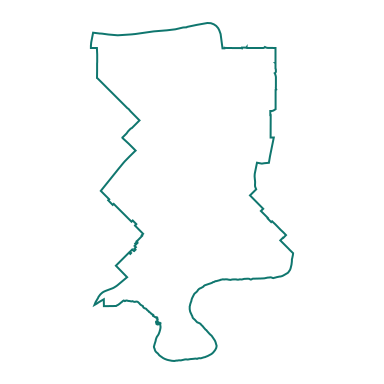 the district of Bayswater, Western Australia, Australia
{"feature_id": "25037944B12143686182506", "entity_name": "Bayswater", "entity_type": "district", "adm_level": 2, "iso_a3": "AUS", "parent_name": "Australia", "parent_adm1": "Western Australia", "projection": "orthographic", "projection_center": [115.908, -31.909], "detail": "fine", "context": "isolated", "style": "outline", "palette": "teal", "viewbox_px": 384, "rotation_deg": 0, "n_neighbors": 0, "source": "geoboundaries", "source_scale": "gbopen_adm2", "svg_char_len": 5997}
<svg xmlns="http://www.w3.org/2000/svg" viewBox="0 0 384 384"><path d="M275.6,109.2L275.6,89.9L275.9,89.8L275.9,89.5L276.2,89.4L275.9,88.6L275.8,87.7L275.9,87.0L275.9,77.0L275.7,75.9L275.4,74.8L275.0,73.7L274.7,73.2L275.2,72.9L275.6,72.4L275.8,72.0L275.9,71.5L275.8,69.1L275.5,68.7L275.5,63.3L275.3,63.1L275.5,63.1L275.5,48.0L267.5,47.9L266.4,47.7L265.4,47.3L264.9,47.0L264.4,47.5L263.8,47.9L263.1,48.0L247.4,48.0L246.6,47.9L246.6,47.3L246.4,47.6L242.0,47.6L242.0,48.3L241.4,48.2L241.1,48.1L227.5,48.0L224.9,47.9L224.6,47.8L224.5,48.3L222.5,48.3L220.6,34.0L219.3,30.4L218.2,28.2L216.2,25.9L213.8,24.3L210.9,23.2L207.4,23.0L196.7,24.9L187.1,26.9L186.6,27.3L183.1,27.5L175.4,29.3L167.1,30.3L153.6,31.4L135.4,34.0L131.4,34.4L117.7,35.3L108.3,34.5L101.8,33.6L99.6,33.5L93.1,32.7L91.2,42.5L90.9,45.9L90.9,48.0L96.9,48.0L97.2,54.6L97.2,61.7L97.2,62.2L97.1,63.3L97.1,71.3L97.0,78.0L97.5,78.3L127.3,108.1L128.6,109.0L130.6,111.4L138.9,119.8L139.5,120.4L131.8,128.1L130.9,128.5L130.2,129.1L128.0,131.4L127.1,132.7L126.5,133.5L122.8,137.2L122.4,137.5L122.5,138.0L128.6,143.6L135.6,150.6L134.4,151.7L129.7,156.3L124.9,161.2L123.5,162.8L118.8,168.5L100.8,190.9L109.2,199.3L108.2,200.3L112.7,204.9L113.7,203.9L131.5,221.7L132.7,220.5L136.3,224.1L135.1,225.3L135.4,225.6L135.2,225.8L143.1,233.8L141.7,235.3L142.2,235.8L137.7,240.4L136.6,241.3L137.1,241.8L136.8,242.1L137.5,242.9L136.3,244.1L135.5,243.3L135.2,243.6L136.0,244.4L134.6,245.9L135.0,246.2L135.1,246.4L135.9,247.2L134.5,248.6L135.5,249.7L134.3,250.9L133.8,250.4L133.4,250.7L132.2,249.5L129.9,251.8L131.1,253.0L130.3,253.9L129.0,252.6L128.0,253.6L115.9,265.7L127.1,277.2L117.3,285.4L115.9,286.4L113.6,287.8L112.5,288.3L106.1,290.7L105.1,291.1L103.6,291.8L102.5,292.5L101.2,293.6L100.2,294.6L99.4,295.7L98.5,296.9L98.1,297.9L95.6,302.1L94.5,304.9L97.1,303.4L98.8,302.2L103.8,299.3L103.9,306.1L108.8,306.1L116.1,306.0L116.6,305.6L118.0,304.9L119.3,304.0L120.3,303.2L120.8,302.7L121.8,302.0L122.6,301.2L123.4,300.7L123.8,300.5L124.8,301.1L125.1,301.0L125.5,300.9L125.7,300.7L126.1,300.5L126.8,300.5L128.1,300.9L130.0,301.1L131.1,301.4L131.6,301.4L132.3,301.2L132.6,301.2L133.4,301.6L134.7,301.9L135.0,301.9L135.6,301.7L136.1,301.6L136.6,301.6L137.6,301.8L137.9,302.0L138.5,302.5L139.6,303.6L140.0,304.2L140.8,304.9L143.0,306.2L143.1,306.9L143.4,307.4L143.8,307.8L144.7,308.3L145.7,308.6L146.2,308.9L147.1,310.0L149.0,311.6L149.1,312.0L150.4,312.7L151.1,313.6L151.5,313.9L152.3,314.3L153.3,314.9L153.4,315.1L153.3,315.4L152.9,315.6L153.0,315.9L153.9,316.3L154.7,316.9L155.7,317.2L156.4,317.2L156.9,317.3L157.2,317.5L157.3,317.8L157.2,318.2L157.2,318.3L156.8,318.7L157.3,319.2L157.6,319.1L157.7,319.3L157.4,320.0L157.4,320.6L157.8,321.5L158.1,322.1L158.1,322.5L158.0,322.8L157.8,322.9L157.7,323.0L157.3,322.9L157.0,322.7L156.8,322.4L156.5,321.7L156.3,321.5L156.1,321.6L156.0,321.9L156.0,322.2L156.2,322.7L156.4,323.7L156.5,324.0L157.0,324.3L157.7,324.5L158.0,324.5L158.7,324.2L158.9,323.9L158.7,323.4L158.8,323.0L158.8,322.8L158.9,322.7L159.2,322.7L159.9,322.8L160.5,323.2L160.2,324.6L160.5,326.4L160.5,326.8L160.5,327.8L160.1,329.8L159.4,332.2L158.5,334.5L156.9,336.8L156.4,337.9L155.8,339.7L155.7,340.6L155.2,342.3L154.9,343.2L154.5,344.5L153.9,346.8L154.0,347.2L154.1,347.7L154.6,348.8L154.9,350.0L155.5,351.3L156.4,352.3L158.0,353.6L158.5,354.3L159.3,355.3L160.5,356.2L163.2,358.1L165.0,359.0L167.2,359.8L168.4,360.1L171.9,360.8L173.2,360.9L174.2,361.0L176.3,360.6L177.4,360.6L178.3,360.4L179.6,360.3L180.8,360.4L185.2,359.4L186.6,359.4L187.1,359.5L188.1,359.5L190.3,359.1L192.8,358.9L195.4,358.6L196.1,358.6L196.6,358.8L197.3,358.8L197.6,358.7L198.0,358.4L199.4,358.2L200.8,358.3L204.0,357.3L204.7,357.2L205.6,356.9L206.1,356.6L207.5,356.1L208.1,355.8L211.5,354.0L213.0,352.7L213.6,352.0L214.0,351.5L214.8,350.5L215.1,350.1L215.6,349.2L216.2,348.0L216.5,346.7L216.6,345.7L216.4,345.1L216.0,343.8L215.6,342.3L214.9,340.6L212.7,337.3L212.2,336.6L211.6,335.7L210.4,334.7L209.3,333.6L206.9,330.9L206.4,330.2L206.2,330.0L205.6,329.7L204.6,328.5L203.5,327.3L203.3,326.9L202.5,326.0L201.4,325.0L201.2,324.7L200.5,323.9L200.1,323.6L199.0,323.0L197.2,322.3L196.4,321.5L195.0,319.9L193.2,318.3L192.8,317.8L192.6,317.4L192.4,316.5L192.2,316.0L191.6,314.9L191.1,313.7L190.5,312.5L190.1,311.4L189.7,309.2L189.7,308.4L189.7,306.8L189.7,306.4L190.0,305.5L190.2,304.3L190.5,303.4L190.8,302.4L191.2,301.5L191.7,299.3L192.1,298.2L193.4,295.6L194.3,293.9L194.9,293.3L195.4,292.9L196.7,291.8L197.6,290.7L198.0,290.0L199.0,289.0L199.7,288.5L200.6,288.2L203.0,286.9L203.4,286.6L203.9,285.9L204.8,285.3L209.8,283.6L210.8,283.3L211.2,283.1L212.0,282.8L212.4,282.6L212.9,282.2L214.4,281.8L214.7,281.6L215.1,281.3L215.4,281.2L215.9,281.1L216.4,281.1L220.1,280.1L220.3,279.9L221.0,279.7L221.4,279.7L222.5,279.4L223.0,279.3L223.4,279.4L224.1,279.5L225.2,279.3L226.3,279.3L226.9,279.3L228.2,279.6L229.7,279.8L230.4,279.9L230.9,279.8L232.1,279.5L233.9,279.4L236.2,279.4L237.2,279.7L237.9,279.7L238.9,279.6L239.4,279.4L240.5,279.4L241.8,279.5L244.1,278.9L247.9,278.7L249.0,278.8L249.4,278.9L250.1,279.3L250.5,279.5L250.8,279.5L251.5,279.4L252.4,278.8L252.9,278.7L261.0,278.5L263.3,278.4L264.5,278.3L267.7,277.6L269.4,277.5L270.2,277.3L271.5,277.5L272.7,278.0L273.5,278.1L274.3,277.8L275.6,277.5L276.6,277.2L279.4,276.6L280.5,276.5L282.0,276.1L283.1,275.6L284.7,274.7L287.6,273.0L288.2,272.5L288.9,271.5L290.0,269.9L290.2,269.4L290.6,268.3L291.5,264.6L291.8,262.1L291.9,261.0L291.9,259.4L292.3,257.9L292.6,256.4L292.9,255.0L293.1,253.2L289.2,249.4L288.9,249.0L280.3,240.4L283.0,237.7L283.3,237.9L286.0,235.1L283.4,232.4L280.5,229.7L275.3,224.3L272.1,221.3L271.2,222.1L267.7,218.5L268.0,218.1L260.9,211.0L263.2,208.8L250.0,195.4L256.2,189.3L255.6,187.9L255.1,186.5L255.0,185.0L255.1,182.9L255.1,181.5L254.8,178.7L254.6,176.4L254.7,174.4L254.8,173.5L257.0,162.7L261.2,163.5L261.9,163.6L264.4,163.2L268.9,162.8L270.0,156.2L273.8,137.5L270.6,137.5L270.7,115.1L270.3,115.1L270.3,111.0L271.8,111.0L272.7,110.8L273.5,110.5L275.6,109.2Z" fill="none" stroke="#0f766e" stroke-width="2"/></svg>